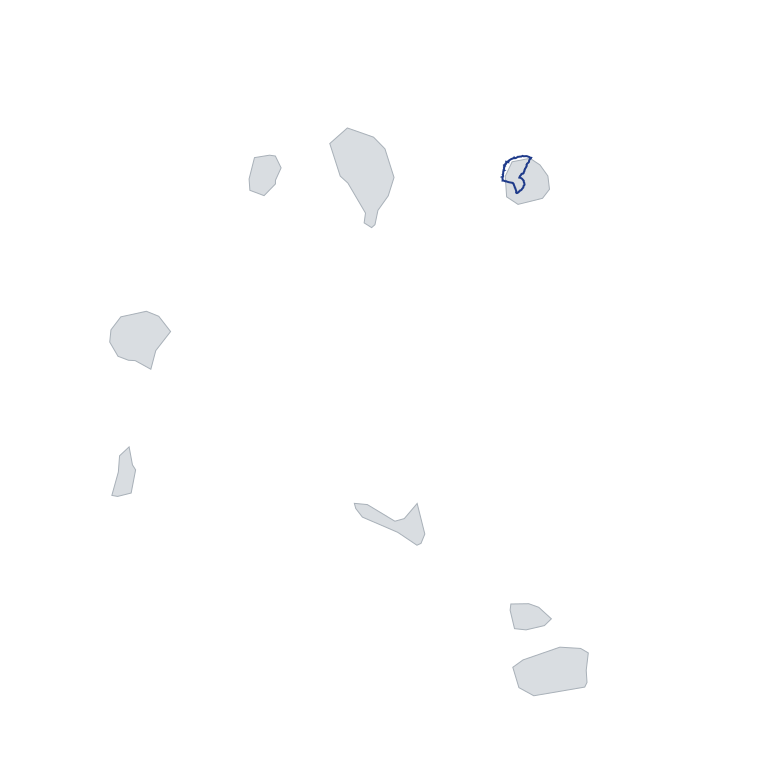 location of Santa Catarina Do Fogo, Santa Catarina do Fogo, Cabo Verde, rotated 196°
{"feature_id": "66160863B71170562423195", "entity_name": "Santa Catarina Do Fogo", "entity_type": "district", "adm_level": 2, "iso_a3": "CPV", "parent_name": "Cabo Verde", "parent_adm1": "Santa Catarina do Fogo", "projection": "mercator", "projection_center": [-24.327, 14.901], "detail": "medium", "context": "in_parent", "style": "outline", "palette": "blue", "viewbox_px": 768, "rotation_deg": 196, "n_neighbors": 0, "source": "geoboundaries", "source_scale": "gbopen_adm2", "svg_char_len": 3031}
<svg xmlns="http://www.w3.org/2000/svg" viewBox="0 0 768 768"><g transform="rotate(196 384 384)"><path d="M502.4,600.2L489.8,620.0L462.1,618.4L447.9,610.3L431.3,585.3L431.8,566.0L437.7,549.3L436.6,534.7L439.0,530.9L447.5,533.4L448.9,543.2L474.1,567.2L483.4,571.8L502.4,600.2ZM142.4,179.5L122.1,184.0L113.5,181.8L110.7,164.5L106.6,153.1L107.5,148.0L154.1,125.6L170.6,129.3L182.1,147.2L174.3,157.1L142.4,179.5ZM612.2,333.9L629.6,337.9L636.2,336.4L647.3,337.3L659.2,348.7L661.4,360.8L655.5,376.0L632.5,388.4L619.2,387.0L603.6,375.6L612.6,353.2L612.2,333.9ZM322.1,632.9L305.9,641.2L294.5,637.6L283.8,629.1L278.6,616.8L282.8,606.2L304.7,593.6L317.7,597.7L324.7,617.1L322.1,632.9ZM368.1,250.1L376.8,256.5L379.6,261.1L366.8,263.5L335.7,255.1L327.4,260.2L319.2,278.3L303.4,251.0L304.5,241.0L307.9,238.1L329.9,245.2L368.1,250.1ZM557.1,572.4L551.3,573.2L542.5,563.4L544.5,549.9L543.5,546.4L551.2,532.0L566.3,533.2L570.2,543.9L570.9,565.9L557.1,572.4ZM201.4,207.5L184.3,212.7L173.7,212.0L158.4,204.4L163.2,196.0L179.7,186.8L191.1,184.8L200.4,201.3L201.4,207.5ZM618.4,242.1L611.7,253.3L603.5,236.9L599.1,233.0L597.0,209.5L609.1,202.5L614.9,201.9L615.1,226.2L618.4,242.1Z" fill="#d9dde1" stroke="#a8b0b8" stroke-width="1"/><path d="M304.9,642.0L306.1,641.9L306.8,642.2L309.6,642.4L310.3,642.2L312.5,641.4L313.6,641.5L314.9,640.4L315.7,640.2L317.9,639.2L318.7,639.2L318.4,639.1L318.4,638.8L319.5,637.6L320.4,637.1L320.7,637.1L321.0,637.3L321.0,637.1L321.5,637.1L321.6,636.8L322.1,636.6L322.4,636.2L323.1,635.7L323.5,635.5L325.4,633.4L325.6,633.1L325.4,632.8L325.6,632.4L325.9,632.4L326.3,631.8L326.3,631.7L326.5,631.8L326.4,631.7L326.7,631.7L326.8,631.3L327.1,631.3L327.3,630.4L327.5,630.5L327.4,630.2L327.7,629.7L327.6,629.4L327.8,629.3L327.7,628.9L328.0,628.7L327.9,628.3L328.1,628.1L328.1,627.9L328.4,627.7L328.2,627.4L328.5,627.3L328.3,627.1L328.5,626.8L328.2,626.7L328.5,626.4L328.1,625.9L328.3,625.1L328.1,624.9L327.9,623.7L328.1,623.2L327.8,622.8L327.8,622.3L327.6,622.3L327.8,622.1L327.6,621.9L327.9,620.9L327.4,619.0L327.6,618.0L327.2,617.7L326.8,616.7L326.9,615.9L327.1,615.7L326.9,615.7L327.1,615.6L326.9,615.5L326.7,614.0L326.3,613.3L326.1,612.2L325.0,612.5L324.1,612.3L323.4,612.4L323.0,612.3L322.5,612.6L321.6,612.4L319.4,612.4L315.9,612.8L315.6,612.4L315.1,612.5L314.4,611.9L313.7,610.7L313.1,610.1L312.5,609.2L312.4,608.8L311.7,608.4L311.3,607.6L310.1,606.0L309.8,604.5L309.2,604.1L308.8,604.2L308.1,604.7L307.7,605.6L307.2,606.0L307.1,606.6L306.7,607.0L306.6,607.5L306.1,607.7L305.4,608.5L305.0,609.8L304.3,611.2L304.4,613.2L303.9,613.9L303.9,614.6L304.5,615.6L304.6,616.0L305.4,616.8L305.7,617.9L306.3,618.2L306.4,618.4L308.0,619.4L309.4,619.8L310.8,619.7L310.6,621.3L310.0,622.5L309.7,623.9L309.2,624.0L308.8,624.5L308.3,624.6L307.9,625.3L308.0,626.2L307.7,627.5L308.0,628.2L307.7,628.9L307.8,629.8L307.3,631.0L307.1,631.8L307.2,632.3L306.9,632.9L307.0,633.3L307.4,634.0L307.2,634.4L307.2,635.2L306.3,636.5L305.9,637.4L306.1,639.1L305.8,640.2L305.0,641.5L304.9,642.0Z" fill="none" stroke="#1e3a8a" stroke-width="2"/></g></svg>